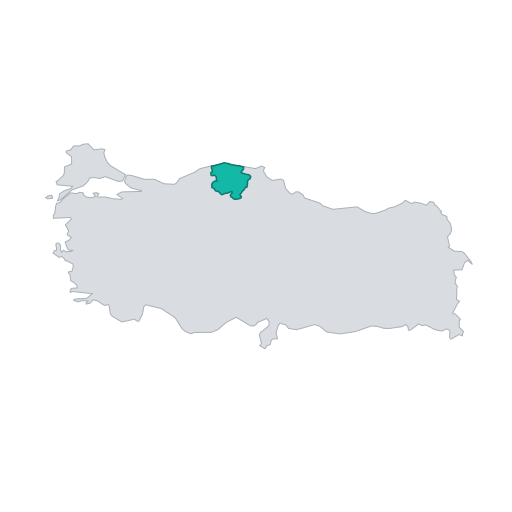 Turkey, with Kastamonu highlighted, rotated 7°
{"feature_id": "TUR-2270", "entity_name": "Kastamonu", "entity_type": "Province", "adm_level": 1, "iso_a3": "TUR", "parent_name": "Turkey", "parent_adm1": "", "projection": "mercator", "projection_center": [33.677, 41.441], "detail": "fine", "context": "in_parent", "style": "filled", "palette": "teal", "viewbox_px": 512, "rotation_deg": 7, "n_neighbors": 0, "source": "natural_earth", "source_scale": "10m", "svg_char_len": 4839}
<svg xmlns="http://www.w3.org/2000/svg" viewBox="0 0 512 512"><g transform="rotate(7 256 256)"><path d="M397.3,182.5L404.3,185.1L406.6,183.2L413.1,183.5L418.8,184.9L422.0,180.7L426.1,181.1L426.8,183.3L428.8,184.1L434.7,189.4L434.0,190.1L435.5,192.1L440.6,193.4L441.1,196.1L445.1,200.2L447.1,206.4L445.9,210.7L443.7,213.5L446.9,222.8L445.9,224.0L452.1,227.0L459.9,226.5L462.4,227.8L469.9,235.2L471.8,238.0L466.6,234.5L463.7,237.5L462.2,244.6L453.9,245.9L455.2,250.6L457.4,252.7L456.7,257.1L457.2,258.8L459.5,261.7L459.2,265.6L460.1,269.7L460.1,274.6L463.5,276.1L462.0,278.4L458.2,288.4L458.4,289.1L461.0,289.4L466.7,294.0L465.7,295.5L466.3,301.8L471.3,305.9L470.5,308.0L470.6,310.1L467.1,309.2L459.7,314.8L458.9,314.6L457.9,312.7L457.7,307.1L456.0,305.6L453.7,305.3L449.7,307.8L446.1,307.7L442.5,307.2L432.9,303.7L429.4,304.9L425.8,303.6L418.6,310.5L416.4,311.1L415.4,307.6L412.9,305.7L409.7,308.3L397.4,311.6L391.7,312.2L384.8,311.1L379.1,311.4L363.6,319.0L348.7,323.1L335.4,322.8L328.1,318.0L322.5,316.9L305.4,324.2L297.1,323.9L294.3,320.9L287.9,319.7L286.5,322.5L285.2,329.4L287.4,335.6L283.8,336.0L281.5,337.4L280.9,342.1L277.6,343.9L276.5,346.8L275.9,346.9L270.6,344.5L272.1,342.2L268.8,333.5L270.4,330.8L277.3,323.7L277.1,319.6L274.2,316.7L265.4,321.9L264.6,323.9L262.6,325.5L259.4,326.1L243.8,319.3L234.7,325.3L227.0,333.9L221.1,337.1L203.8,339.5L200.8,341.2L194.9,339.4L191.4,337.1L183.4,327.2L168.3,319.7L152.3,317.9L150.9,319.9L150.4,327.5L147.9,334.6L146.5,335.4L143.0,333.6L130.8,337.8L120.3,333.1L118.5,331.1L116.1,322.8L114.6,322.2L112.9,323.3L111.1,323.3L103.6,319.7L99.6,319.4L97.1,323.0L93.2,324.4L93.1,323.4L94.6,321.1L88.3,321.6L85.0,323.3L80.4,322.2L80.7,321.3L84.4,320.1L92.9,318.9L98.2,313.3L78.1,313.6L76.1,314.8L75.8,311.9L77.0,310.6L82.3,309.5L81.9,307.1L78.7,304.5L75.1,303.1L73.5,297.0L71.7,295.5L71.9,294.6L75.2,293.6L75.9,289.1L75.4,286.3L68.9,283.9L67.5,284.2L65.8,281.8L63.0,280.0L60.8,281.4L54.2,277.8L55.4,275.1L57.0,275.2L57.3,273.1L56.0,269.6L56.2,267.8L57.6,267.3L59.2,267.6L60.9,269.7L61.1,273.7L62.8,276.1L64.0,273.7L67.1,275.0L72.4,273.8L73.4,272.8L69.5,272.9L68.1,271.9L64.9,265.3L68.1,263.4L70.5,260.2L66.0,258.0L66.9,253.6L63.0,248.4L68.2,241.9L67.9,240.9L66.3,240.5L50.2,243.3L49.9,240.3L51.1,237.8L51.0,231.4L51.7,228.0L54.7,227.0L58.4,221.9L64.3,215.9L70.5,216.0L72.9,214.3L76.6,214.3L77.7,216.6L80.9,218.3L86.6,218.0L89.3,216.4L86.7,213.5L89.9,212.6L92.5,213.2L91.1,216.5L91.9,216.8L99.2,215.8L106.9,216.6L115.4,216.2L116.5,215.2L110.5,211.9L114.3,209.1L116.5,208.5L134.3,205.9L134.4,205.2L123.5,203.7L117.8,199.9L116.3,197.8L117.4,192.8L118.6,191.4L122.5,191.2L136.0,193.5L145.6,192.2L156.1,195.5L166.1,194.8L168.2,193.3L170.7,188.5L184.8,180.4L189.8,176.1L211.9,167.8L244.9,169.3L250.7,166.0L254.0,167.1L253.1,169.3L253.3,171.3L257.2,176.2L263.1,179.0L271.3,176.6L274.2,177.6L277.1,185.3L282.2,189.8L284.6,190.2L287.6,187.5L290.6,187.2L295.4,189.8L297.1,192.5L312.9,195.7L316.1,198.0L326.7,200.3L350.3,194.9L358.9,198.6L366.1,199.8L369.2,199.2L378.7,194.8L381.7,192.4L387.7,190.2L395.1,185.4L397.3,182.5ZM93.1,168.9L92.4,172.4L93.9,176.2L97.2,181.4L100.5,184.1L116.6,191.2L114.3,197.8L110.3,198.8L96.6,195.6L91.0,198.3L87.0,197.7L81.4,198.9L79.9,202.8L76.0,207.4L65.1,213.0L55.1,224.1L52.2,225.5L53.5,221.7L53.4,218.4L57.7,214.6L63.9,211.6L65.5,209.2L50.0,209.6L48.5,206.2L50.1,205.5L55.1,199.4L55.6,197.0L55.1,190.9L61.2,187.5L61.7,186.0L60.8,180.0L54.9,176.5L55.0,174.8L59.2,173.2L61.5,169.0L67.6,168.2L70.5,166.2L75.7,165.1L82.2,170.4L90.0,168.4L93.1,168.9ZM47.0,223.7L41.8,224.6L40.2,223.7L41.8,221.9L45.8,220.7L47.1,222.5L47.0,223.7Z" fill="#d9dde1" stroke="#a8b0b8" stroke-width="1"/><path d="M200.9,172.2L201.5,172.1L201.9,171.8L202.2,172.0L203.8,171.5L204.6,171.2L205.6,170.5L209.2,169.3L212.8,167.4L213.6,167.3L215.2,167.6L217.6,167.6L218.1,167.7L219.3,168.2L224.1,168.6L224.5,168.5L225.1,168.7L228.1,168.5L232.9,169.2L233.0,170.9L232.3,172.7L231.2,174.0L231.1,175.0L232.6,175.6L233.4,175.6L234.4,175.7L235.7,176.1L238.5,176.2L240.0,176.6L241.2,178.3L240.5,180.3L239.7,180.8L239.1,181.5L238.6,182.5L238.4,183.7L238.6,184.2L238.8,184.8L238.6,188.8L237.4,189.0L236.7,190.2L236.0,191.8L235.5,192.4L234.5,193.4L233.7,195.3L232.9,196.3L232.7,196.9L233.1,198.0L233.6,198.2L234.3,199.0L233.8,200.5L230.6,201.8L228.6,202.2L227.7,202.2L226.7,202.0L226.0,201.4L225.3,200.8L223.9,200.3L223.1,198.8L223.4,198.0L223.9,197.3L224.6,196.3L224.4,195.2L224.1,195.0L223.3,195.3L219.6,197.2L217.9,197.5L215.5,198.9L214.7,199.3L213.6,198.9L212.8,197.9L210.7,196.6L207.8,196.2L207.5,196.0L207.0,195.3L206.8,194.9L206.3,194.2L205.1,193.7L203.9,193.5L203.4,190.3L203.6,189.2L204.6,187.8L205.8,186.7L208.0,186.2L207.4,184.8L206.8,182.1L205.1,180.9L203.5,181.4L202.1,181.6L201.3,180.8L201.1,178.6L202.6,177.6L201.8,175.4L201.1,174.0L200.9,172.2Z" fill="#14b8a6" stroke="#0f766e" stroke-width="1.5"/></g></svg>